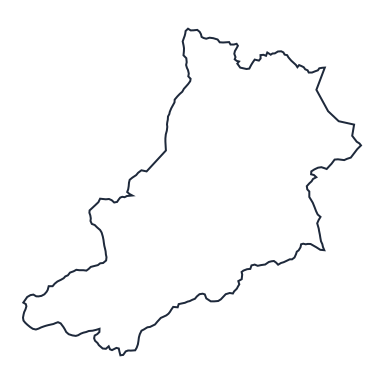 outline of Altinópolis, São Paulo, Brazil
{"feature_id": "56859067B55489518550390", "entity_name": "Altinópolis", "entity_type": "district", "adm_level": 2, "iso_a3": "BRA", "parent_name": "Brazil", "parent_adm1": "São Paulo", "projection": "mercator", "projection_center": [-47.408, -21.012], "detail": "fine", "context": "isolated", "style": "outline", "palette": "slate", "viewbox_px": 384, "rotation_deg": 0, "n_neighbors": 0, "source": "geoboundaries", "source_scale": "gbopen_adm2", "svg_char_len": 4343}
<svg xmlns="http://www.w3.org/2000/svg" viewBox="0 0 384 384"><path d="M324.8,67.6L322.1,67.8L319.3,68.3L317.9,70.3L315.1,71.3L312.1,72.5L308.7,72.5L307.6,70.3L305.2,69.3L303.7,67.2L301.3,66.0L299.1,65.1L297.4,67.2L295.9,64.9L293.4,62.6L291.3,60.7L289.8,59.0L288.3,57.2L287.2,55.2L284.6,54.6L283.4,52.4L281.2,51.3L277.9,51.5L274.8,53.4L272.5,53.5L270.7,54.7L267.3,52.5L266.0,55.8L263.5,54.8L260.5,55.1L260.6,58.5L258.9,60.6L254.7,59.6L252.7,62.5L251.1,65.1L249.3,68.6L246.5,69.0L243.3,68.3L240.2,67.6L237.3,63.6L239.0,61.5L236.7,60.9L234.7,59.3L235.5,57.1L234.3,53.8L234.9,51.1L236.3,48.7L237.9,45.8L236.6,43.8L234.0,44.5L230.5,44.5L229.1,42.1L226.1,42.3L223.2,42.5L219.7,42.3L217.6,39.5L213.3,38.2L209.6,37.7L206.2,38.7L203.6,38.0L201.6,36.9L201.0,34.3L199.7,31.9L197.3,29.9L193.5,30.3L190.7,30.4L188.0,28.7L185.6,31.0L185.3,33.4L184.7,35.8L183.9,38.0L182.7,41.4L183.6,45.7L184.0,48.3L183.9,51.3L183.5,55.3L186.3,58.2L186.7,62.2L186.1,65.0L186.9,67.8L188.0,70.1L188.8,73.6L188.3,76.4L190.6,78.8L190.2,81.2L188.1,84.1L186.0,86.5L183.9,88.8L182.3,91.7L179.7,94.0L177.4,96.4L174.7,99.6L174.5,102.4L171.3,108.2L169.8,111.8L169.3,114.1L168.0,116.5L167.8,119.7L167.3,122.1L167.0,124.4L167.3,126.9L166.8,130.8L165.8,134.4L165.4,138.4L165.4,141.6L165.9,150.5L146.6,171.4L141.4,170.3L138.1,172.8L136.2,175.1L132.4,177.6L129.7,179.8L129.0,182.6L128.7,186.2L128.2,189.3L127.2,192.0L129.5,194.0L132.3,195.5L127.0,196.0L124.6,197.2L122.3,196.8L120.2,197.6L118.7,199.5L117.1,201.9L114.2,202.5L111.7,200.2L109.0,199.0L105.8,199.3L100.1,198.7L98.4,202.2L91.9,208.3L89.6,210.4L89.4,212.8L90.3,215.4L90.8,218.4L90.5,221.0L91.8,223.9L94.7,225.0L97.0,227.3L100.1,230.0L101.6,232.5L102.8,236.5L103.5,240.0L103.8,242.4L104.3,245.7L105.1,249.0L105.6,251.3L105.9,254.5L106.5,257.2L106.1,260.5L103.1,263.0L100.2,263.3L97.9,265.1L94.3,266.0L90.8,266.9L88.6,269.0L86.4,270.6L83.3,270.2L79.3,270.2L76.3,269.8L73.6,271.3L70.0,272.6L67.9,275.3L65.3,276.4L63.7,278.2L61.1,279.7L57.4,281.5L54.7,283.7L52.6,286.2L48.7,286.2L47.7,289.9L46.6,291.8L44.4,294.3L41.4,295.9L38.4,296.4L36.2,296.3L33.4,294.6L30.5,295.1L27.2,297.0L25.2,299.9L23.3,302.6L25.8,304.1L26.4,306.3L25.5,309.3L24.2,312.1L23.6,314.4L23.0,317.7L23.5,320.6L25.2,322.7L27.3,324.7L30.1,327.0L32.8,328.8L35.9,329.5L38.6,328.6L41.1,327.4L43.9,326.4L46.1,325.7L48.4,325.1L51.1,324.5L53.4,324.0L55.5,323.1L58.0,322.2L60.7,323.4L63.4,327.0L64.8,329.3L66.2,332.0L68.7,334.2L72.4,335.4L75.8,335.9L78.2,335.2L80.7,333.7L83.3,332.7L86.2,332.0L88.8,331.0L92.5,330.7L96.0,329.9L99.5,328.8L99.4,332.0L97.3,334.1L94.7,335.5L94.1,338.2L95.0,340.7L97.6,343.1L98.8,345.1L102.7,348.5L105.9,348.8L108.7,346.3L110.0,349.3L112.0,350.1L116.4,347.9L118.8,348.5L119.4,351.5L120.4,355.3L123.2,354.9L125.7,351.4L128.1,350.5L131.0,350.6L135.2,350.3L136.7,347.7L137.9,344.3L138.5,340.6L138.9,337.4L139.8,334.2L141.5,330.7L143.8,329.5L147.4,327.3L150.1,326.9L152.5,325.7L155.0,324.5L157.5,321.5L160.8,317.9L163.5,316.7L166.3,315.4L168.5,313.7L170.0,311.8L171.2,309.8L173.2,306.9L177.7,307.3L178.7,304.1L181.5,303.5L184.9,302.8L187.6,301.6L189.7,301.1L192.3,299.8L194.9,298.8L196.9,296.4L199.5,294.2L202.7,293.7L204.8,294.4L206.3,298.4L210.7,301.3L214.6,301.3L218.2,301.0L220.9,299.3L225.7,294.2L229.7,293.0L232.9,293.5L234.1,291.4L236.9,288.6L237.9,286.6L239.3,284.3L238.3,281.1L241.7,279.2L242.2,274.5L241.6,272.0L243.4,270.6L247.1,269.2L250.3,268.9L251.5,265.4L254.7,264.6L257.7,265.8L261.0,265.1L265.2,264.5L268.8,262.0L271.4,261.3L273.9,261.0L276.1,262.6L278.1,264.7L281.0,263.0L283.7,262.2L287.1,260.6L289.8,259.3L292.1,259.3L294.5,257.5L296.0,254.2L296.8,251.7L298.6,250.4L300.5,247.3L301.1,244.3L303.2,243.7L305.7,244.3L307.9,243.9L310.6,244.0L316.4,247.3L320.3,249.8L324.3,250.2L323.0,247.1L322.3,244.1L321.0,241.3L320.4,238.1L319.8,234.4L319.1,231.0L318.7,228.5L317.2,223.3L318.6,220.1L320.5,216.9L317.7,214.5L316.1,211.2L314.7,207.5L312.8,202.8L311.2,200.1L309.3,197.0L309.3,191.5L307.3,189.4L306.8,186.2L309.4,183.3L311.6,181.3L313.0,179.0L316.3,177.2L313.9,175.0L311.1,174.3L311.3,171.4L314.4,169.4L318.0,167.7L321.4,167.2L324.5,168.2L326.7,169.0L329.7,165.7L331.5,163.8L334.6,159.6L337.9,159.3L344.2,160.1L347.1,158.8L350.8,157.6L355.3,151.7L357.2,149.2L361.0,145.4L359.4,143.4L356.7,141.7L352.2,135.8L354.1,124.6L341.4,121.8L338.7,121.2L328.1,111.2L316.4,89.8L324.8,67.6Z" fill="none" stroke="#1e293b" stroke-width="2"/></svg>